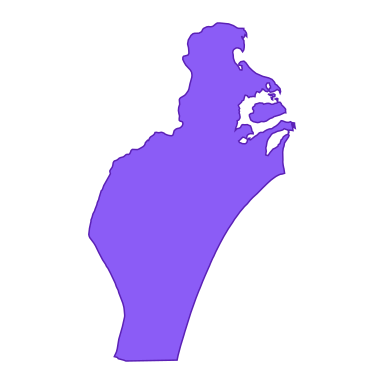 Rio Grande, Rio Grande do Sul, Brazil
{"feature_id": "56859067B90726041469305", "entity_name": "Rio Grande", "entity_type": "district", "adm_level": 2, "iso_a3": "BRA", "parent_name": "Brazil", "parent_adm1": "Rio Grande do Sul", "projection": "orthographic", "projection_center": [-52.29, -32.209], "detail": "fine", "context": "isolated", "style": "filled", "palette": "violet", "viewbox_px": 384, "rotation_deg": 0, "n_neighbors": 0, "source": "geoboundaries", "source_scale": "gbopen_adm2", "svg_char_len": 5967}
<svg xmlns="http://www.w3.org/2000/svg" viewBox="0 0 384 384"><path d="M112.2,167.3L110.6,169.5L109.8,171.0L110.1,172.6L110.4,173.8L103.8,185.5L102.3,189.7L101.2,190.8L99.1,197.7L98.7,199.5L97.4,202.4L96.8,204.9L95.2,208.9L94.5,211.1L93.0,213.8L92.0,217.5L91.0,220.0L91.0,221.3L89.5,228.3L88.8,234.4L89.1,236.0L89.8,237.7L93.8,243.0L95.5,245.8L98.8,252.6L102.7,260.0L105.5,264.2L106.5,266.4L107.9,268.2L110.5,273.2L115.2,283.1L116.4,286.7L118.2,290.3L118.8,292.7L122.8,303.1L123.9,307.3L124.2,309.7L124.7,315.3L124.6,316.9L122.4,326.7L118.8,339.3L117.3,348.6L116.5,351.8L114.3,356.6L116.6,357.2L117.5,357.6L118.3,358.7L123.9,360.2L125.9,361.0L177.1,360.1L178.1,355.3L180.6,345.8L184.0,334.7L184.6,332.5L190.8,312.7L196.1,297.8L198.8,290.9L199.9,288.4L202.8,281.0L203.5,279.4L205.1,275.6L207.4,270.4L208.4,268.1L209.5,265.7L210.4,263.4L211.8,260.2L212.9,257.8L213.6,256.6L215.8,251.7L219.5,244.4L220.7,242.1L223.8,236.4L228.3,228.8L232.8,222.1L234.5,219.3L236.6,216.5L240.1,211.7L243.0,208.3L244.4,206.6L247.3,203.8L250.1,200.3L252.8,197.5L257.3,193.4L262.8,187.8L267.2,183.5L270.7,180.3L273.3,178.3L276.0,176.4L278.6,175.0L280.6,174.2L281.9,174.1L284.6,173.3L283.9,168.6L283.6,167.5L283.1,164.8L282.8,162.0L282.9,160.0L282.7,152.1L283.2,148.3L284.0,146.1L284.5,143.0L288.5,137.0L289.1,135.3L288.2,134.2L285.7,135.1L283.4,136.8L282.1,139.2L281.2,139.7L279.9,143.7L278.4,144.6L277.9,146.3L275.4,148.0L273.0,149.1L270.1,152.5L268.0,155.6L265.7,154.9L265.9,153.3L266.3,151.3L265.8,147.9L266.4,145.8L266.7,143.8L267.1,141.7L267.9,139.6L268.7,138.3L270.2,136.3L271.3,134.6L272.1,133.8L273.2,133.1L274.6,132.7L277.2,131.4L278.2,131.1L279.8,130.8L280.8,130.5L282.0,130.2L283.2,129.6L284.2,128.7L286.2,129.5L287.7,129.9L288.5,131.2L289.6,130.1L291.4,130.3L293.0,130.6L292.6,127.5L291.8,124.4L291.8,122.6L290.6,121.7L288.5,122.4L287.0,122.3L285.8,122.1L283.7,121.3L282.7,120.9L281.2,120.7L280.1,122.1L277.9,124.5L275.7,126.2L273.4,127.5L272.4,128.4L271.3,128.8L269.7,128.9L268.7,129.2L266.9,129.9L264.9,131.0L263.1,132.4L260.5,132.4L259.0,133.1L258.2,134.0L256.8,135.3L255.0,136.3L250.5,139.9L249.5,139.6L249.8,138.1L248.7,138.3L247.9,139.3L247.5,140.3L246.8,142.5L245.7,143.6L244.5,143.8L242.1,143.6L241.0,143.0L239.5,142.5L238.6,141.0L239.7,140.2L242.7,137.2L244.2,137.4L246.6,138.8L246.8,137.0L247.2,135.4L248.6,134.2L250.4,133.6L253.2,133.8L253.1,132.5L252.0,131.2L251.5,128.7L250.5,126.0L247.3,124.6L244.8,124.8L242.7,124.6L241.7,125.1L240.5,127.4L239.3,128.2L237.0,128.7L235.3,130.4L235.8,127.7L236.6,125.8L237.4,122.8L237.2,120.7L238.7,120.1L239.8,118.4L240.1,117.1L239.6,114.1L239.1,113.0L239.5,111.2L238.9,110.0L239.7,108.5L238.7,106.4L238.3,105.2L241.5,102.2L241.9,101.1L243.7,100.0L244.7,96.1L245.2,95.2L247.2,95.7L248.0,96.9L248.9,97.6L250.2,96.7L251.7,96.7L253.2,96.4L255.0,96.7L255.2,94.5L255.7,93.5L256.6,91.7L257.7,91.7L259.6,92.6L260.5,91.4L261.7,90.6L262.2,89.0L263.2,89.2L265.5,91.2L267.4,91.7L268.8,90.3L269.5,91.5L270.4,92.2L273.0,91.7L275.1,90.8L277.1,89.4L278.2,90.1L279.4,90.5L279.5,91.8L280.1,93.2L280.6,91.6L280.0,88.6L276.7,84.9L275.3,84.3L274.6,82.4L273.4,80.9L272.0,79.4L268.7,77.9L262.8,76.4L256.0,73.4L252.5,70.6L249.1,67.3L245.9,62.8L243.9,61.1L240.8,61.7L239.5,62.9L238.8,64.0L239.2,65.1L241.9,65.8L241.8,67.0L242.2,68.3L241.8,70.1L240.0,69.8L238.7,67.2L237.5,65.3L235.1,62.8L234.4,61.3L233.4,58.2L233.2,55.1L232.7,52.2L233.2,50.4L233.8,49.5L235.7,48.2L236.7,47.9L238.0,47.9L240.6,48.9L242.6,51.8L243.8,49.9L244.2,47.4L244.3,44.9L244.0,43.2L243.9,40.6L242.2,38.1L241.5,36.1L243.4,38.0L244.5,36.6L245.0,34.7L245.7,35.4L246.7,36.5L246.6,34.0L246.3,32.8L244.9,30.6L243.7,29.8L243.8,28.4L238.3,28.3L237.1,27.9L233.4,25.6L228.7,23.9L219.8,23.0L217.3,23.0L215.8,23.9L213.3,26.0L212.3,26.5L210.6,26.8L208.5,26.6L206.7,26.9L203.6,28.4L202.7,29.4L201.6,31.7L198.9,33.2L194.6,33.3L193.0,33.7L191.0,35.4L188.3,40.0L187.6,44.0L188.5,47.7L188.8,51.0L188.9,53.3L188.2,54.8L187.3,55.3L183.5,56.3L182.9,57.3L182.8,59.4L184.2,62.4L185.8,65.1L190.4,70.1L191.6,72.3L192.0,75.2L191.8,77.3L190.0,83.8L189.0,88.7L188.2,90.8L186.1,93.8L184.6,95.4L180.5,97.8L179.7,98.7L179.3,99.8L179.7,104.3L178.7,107.4L178.4,110.5L178.9,113.6L179.5,115.8L179.4,117.0L179.2,118.4L179.2,120.2L180.2,121.2L181.4,121.4L182.5,122.0L182.9,123.3L182.7,124.8L182.1,126.0L180.8,127.3L179.9,127.9L178.9,128.2L177.4,128.5L176.1,129.0L174.3,130.5L173.8,132.0L173.3,134.0L172.9,135.0L171.9,135.7L170.4,135.7L167.9,135.2L166.3,134.6L165.0,134.0L163.9,133.1L162.8,132.7L161.7,132.3L160.5,132.4L159.2,132.7L158.2,132.7L156.3,132.3L155.0,132.5L154.6,133.7L153.5,135.0L150.5,137.0L149.7,138.0L149.1,139.2L148.6,140.5L147.6,140.2L145.4,142.7L145.1,143.8L144.5,145.2L143.4,146.4L142.5,147.0L138.8,149.1L137.4,149.6L132.3,149.4L131.1,150.5L130.4,152.4L129.6,153.9L128.3,154.5L127.2,154.3L126.1,154.6L123.8,156.6L122.6,157.1L120.5,157.6L119.2,158.2L118.0,159.3L116.5,160.3L114.8,160.8L113.9,161.4L113.2,162.8L112.8,165.4L112.2,167.3ZM268.8,90.3L266.4,87.4L266.0,85.0L267.2,83.0L269.4,83.0L269.7,85.0L270.4,86.0L270.5,88.0L269.5,88.3L268.8,90.3ZM277.6,102.3L276.7,103.2L274.7,103.4L273.3,104.2L271.4,104.3L269.7,103.5L268.3,103.3L266.7,103.4L263.5,104.2L262.7,103.2L259.4,102.9L257.4,103.6L256.2,103.8L255.1,104.3L254.7,105.9L253.2,106.9L252.6,107.8L252.6,109.0L253.7,110.5L253.5,112.2L253.1,113.1L250.7,113.6L249.4,114.7L249.4,116.0L250.8,120.0L252.5,121.2L253.4,121.7L257.5,122.6L259.0,122.4L261.2,121.5L263.9,121.7L266.4,121.0L269.9,118.6L272.7,117.6L273.8,116.7L279.9,114.9L284.6,112.7L285.8,112.8L285.5,110.8L285.6,109.2L284.4,107.6L281.5,104.7L281.2,103.6L280.0,102.2L277.6,102.3ZM273.9,93.9L270.9,94.3L268.0,94.1L270.3,95.5L271.9,95.6L273.1,96.9L274.8,96.6L275.0,94.7L273.9,93.9ZM291.8,122.6L293.1,124.3L294.1,127.5L295.2,128.2L294.6,124.9L294.5,123.0L291.8,122.6ZM277.6,102.3L277.8,98.7L276.9,98.3L275.2,99.0L276.8,99.8L277.6,102.3ZM272.4,97.8L271.2,97.6L271.7,99.3L272.6,99.8L272.4,97.8ZM288.2,134.2L289.0,132.2L288.5,131.2L288.2,134.2Z" fill="#8b5cf6" stroke="#5b21b6" stroke-width="1.5"/></svg>